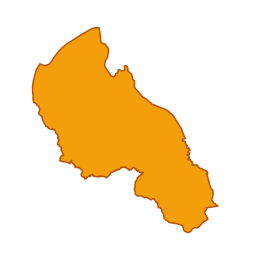 the district of Nonghed, Xiangkhoang, Laos, rotated 98°
{"feature_id": "54806243B9713261683611", "entity_name": "Nonghed", "entity_type": "district", "adm_level": 2, "iso_a3": "LAO", "parent_name": "Laos", "parent_adm1": "Xiangkhoang", "projection": "robinson", "projection_center": [104.045, 19.614], "detail": "fine", "context": "isolated", "style": "filled", "palette": "amber", "viewbox_px": 256, "rotation_deg": 98, "n_neighbors": 0, "source": "geoboundaries", "source_scale": "gbopen_adm2", "svg_char_len": 5880}
<svg xmlns="http://www.w3.org/2000/svg" viewBox="0 0 256 256"><g transform="rotate(98 128 128)"><path d="M130.5,69.8L125.7,72.7L120.6,75.6L116.9,78.6L109.5,85.0L105.2,91.3L104.1,94.2L103.1,99.1L101.1,107.0L98.1,112.1L97.2,113.1L95.1,117.7L92.8,120.6L91.3,121.8L90.3,123.0L89.6,124.3L88.0,126.1L86.5,127.3L83.9,127.7L82.6,127.7L80.4,128.2L79.3,129.8L78.1,130.5L74.3,131.8L73.7,133.0L73.0,133.7L72.4,134.9L71.3,136.3L70.1,136.2L68.8,136.5L67.1,137.7L66.6,138.6L66.5,139.2L67.0,140.2L68.2,140.1L69.2,139.7L70.8,139.3L71.8,140.5L72.2,141.8L72.2,143.0L71.4,144.7L71.7,145.6L74.4,145.8L75.3,146.6L75.8,147.6L77.2,147.8L79.2,148.7L79.3,149.7L79.1,150.8L77.7,153.0L71.6,158.5L69.9,159.6L68.0,159.9L66.4,159.9L64.3,159.7L61.7,158.4L60.5,158.2L53.5,158.1L51.2,159.2L50.2,160.8L48.4,162.0L47.9,162.7L47.9,165.0L46.3,166.9L39.8,168.4L32.8,170.6L33.2,174.1L34.4,177.4L42.7,188.0L53.4,200.5L57.2,204.0L63.5,208.5L69.2,211.5L72.3,212.6L75.3,214.5L76.2,215.8L76.6,216.8L77.6,217.8L77.7,220.1L77.2,222.9L76.6,224.0L79.1,225.3L83.2,226.9L86.5,227.4L93.8,228.3L97.6,228.2L99.3,228.4L101.2,228.2L106.2,227.4L108.4,226.7L114.4,225.6L116.0,224.9L116.0,223.8L116.4,222.6L117.0,222.0L118.1,221.5L119.0,219.8L119.8,219.1L121.1,218.2L121.5,218.2L122.9,218.1L125.3,218.5L126.0,218.4L126.7,218.0L127.0,217.3L127.7,216.7L128.6,214.6L131.6,213.9L135.3,211.3L136.4,210.2L137.7,209.7L137.9,209.2L137.8,207.7L139.0,207.2L139.7,205.9L139.8,205.1L140.1,204.2L139.8,202.5L139.2,201.9L139.2,201.6L139.4,201.2L140.4,200.8L140.7,199.9L141.7,199.1L142.6,198.9L143.3,198.5L144.3,196.6L146.6,196.1L147.6,196.3L148.3,195.7L148.8,194.6L149.2,194.4L152.1,195.4L153.7,195.6L154.1,195.2L154.3,194.0L155.3,193.9L155.6,193.6L156.4,191.2L156.9,191.1L158.8,191.4L159.7,190.4L162.6,189.0L164.0,188.0L164.3,188.3L164.6,189.4L165.3,190.4L167.8,191.0L168.9,190.7L169.9,191.1L170.0,190.3L170.3,189.3L170.2,188.3L170.5,187.5L170.3,187.1L170.5,186.4L170.3,185.7L170.3,184.9L170.8,182.3L171.2,181.3L171.3,180.7L171.1,180.1L169.0,180.0L168.2,179.3L169.6,178.8L170.5,177.9L170.9,177.6L171.4,176.9L171.4,176.3L172.3,176.0L172.9,175.0L174.1,174.9L173.9,174.3L173.9,174.0L174.1,173.9L173.8,173.6L173.8,173.2L174.0,173.2L174.0,172.3L174.4,172.1L173.8,171.3L174.0,171.0L174.0,170.7L174.6,170.3L174.7,169.8L175.2,169.3L175.4,168.9L175.6,168.7L175.9,167.9L176.3,167.8L176.5,167.4L177.0,167.3L177.6,166.8L180.1,168.1L180.5,167.6L181.2,167.7L182.2,167.1L182.4,166.3L182.9,165.6L182.6,165.0L182.8,164.6L183.9,164.1L184.4,163.5L184.2,163.0L183.3,162.4L183.4,162.2L183.0,162.2L183.0,161.9L182.6,161.8L182.6,161.4L182.2,161.4L181.8,160.8L181.6,160.8L181.6,159.9L181.1,159.7L181.1,159.1L180.8,159.0L180.8,158.7L180.4,159.0L180.0,158.8L180.1,158.6L179.4,157.1L179.0,156.8L180.0,156.2L179.8,155.9L180.1,155.7L179.9,155.3L180.1,154.9L180.4,155.0L180.6,153.8L180.4,152.4L180.7,151.3L180.5,151.1L180.6,150.8L179.9,150.2L180.1,150.1L180.1,149.7L179.8,149.8L179.6,149.6L179.7,148.6L179.3,147.0L179.5,146.5L179.4,145.1L179.5,143.9L179.4,143.5L180.1,143.4L180.3,143.1L180.2,142.6L179.7,141.8L178.7,141.0L177.7,140.4L177.2,139.8L174.7,138.7L174.4,138.7L173.7,137.1L173.3,136.8L171.8,134.2L171.5,134.0L171.5,133.6L171.2,133.7L171.3,133.4L170.5,132.5L170.7,132.0L170.5,131.0L169.8,130.5L169.2,129.8L168.9,129.8L168.8,129.5L168.5,129.4L168.2,129.1L168.0,129.3L167.9,128.9L167.7,128.8L167.8,128.3L167.6,127.7L167.8,127.4L167.3,126.6L167.3,126.1L167.1,125.8L167.4,125.6L167.2,125.1L167.5,125.0L167.5,124.4L167.6,124.1L167.8,124.1L167.8,123.8L168.1,123.4L168.1,123.1L168.3,122.4L169.0,122.0L168.9,121.6L169.3,121.7L169.5,121.0L169.2,120.9L169.4,120.5L168.8,118.9L168.3,118.7L168.1,118.8L167.8,118.3L167.0,118.0L166.9,117.6L166.6,117.4L166.2,116.0L166.7,116.0L166.7,115.7L167.4,115.4L167.3,114.7L168.0,114.3L168.0,113.9L168.5,114.1L168.6,113.5L169.4,112.5L169.1,112.2L169.5,112.1L169.3,111.8L169.7,111.8L169.6,111.1L170.0,110.6L170.3,109.8L170.1,109.4L170.4,109.3L170.5,108.6L170.0,108.1L170.2,107.4L169.9,107.2L169.9,106.7L171.3,107.2L172.1,108.4L173.1,108.9L174.0,110.2L175.6,111.3L175.9,111.7L177.9,112.0L180.6,113.3L182.0,113.1L183.2,113.3L185.3,112.9L185.9,112.6L187.0,113.3L189.2,112.6L190.5,111.8L192.2,111.6L193.3,110.6L193.8,109.8L193.9,109.2L193.4,105.3L193.9,104.3L194.3,102.7L194.8,102.1L194.2,100.8L194.2,100.3L194.6,98.7L195.1,97.5L195.3,96.5L195.7,96.1L195.9,95.1L195.6,94.5L195.0,94.0L194.6,93.2L194.5,92.6L194.6,92.2L197.6,89.8L198.0,89.3L198.0,88.7L197.8,88.3L202.6,86.9L202.6,85.3L203.4,83.7L204.8,83.3L206.8,82.2L208.6,80.7L211.9,79.9L213.9,77.9L214.6,75.8L215.7,74.3L215.9,71.5L216.0,65.3L217.3,60.0L220.3,59.2L221.9,58.1L222.7,56.4L223.2,53.7L221.6,51.4L219.0,50.2L217.5,48.4L217.2,45.2L214.4,42.8L212.0,41.6L209.8,39.6L208.7,37.7L207.2,36.2L204.8,37.6L203.6,38.8L201.1,40.3L200.2,40.5L199.3,39.7L198.6,39.5L197.7,38.9L197.2,38.8L196.2,39.4L192.6,27.6L192.3,29.6L191.0,30.8L190.5,32.3L187.9,35.0L186.6,35.0L185.1,34.7L181.7,34.5L178.4,35.1L175.6,37.7L170.9,40.3L169.7,40.2L168.0,41.4L166.3,41.9L165.3,42.3L164.7,43.0L163.3,43.2L162.5,42.7L162.3,42.9L162.3,43.5L161.8,43.0L161.2,42.9L160.9,43.5L160.3,43.6L159.5,44.8L159.5,45.3L159.1,45.6L158.9,46.7L159.0,47.5L158.5,48.0L157.8,49.5L157.9,51.1L157.4,51.9L157.1,52.9L156.6,53.3L155.4,53.6L154.9,54.3L155.0,55.1L155.6,56.9L155.3,57.6L155.7,59.0L155.4,59.2L154.3,58.9L152.2,60.2L151.6,61.5L150.8,61.7L150.6,61.9L150.4,63.2L150.6,63.8L150.9,63.9L150.8,64.1L150.3,64.1L149.4,63.3L148.4,63.2L148.1,63.5L148.1,63.9L147.4,64.0L147.3,64.8L146.8,65.2L146.6,65.7L146.3,65.8L145.9,65.4L146.3,64.4L146.1,63.8L145.1,63.6L143.8,63.6L143.9,63.8L144.3,64.0L144.3,64.3L143.5,65.2L142.9,64.7L142.2,64.6L141.2,63.6L140.5,64.7L140.1,64.8L139.6,64.6L139.4,65.3L139.8,65.7L139.6,67.0L138.7,67.3L137.8,66.9L137.3,66.9L137.1,67.3L136.3,67.9L136.1,68.4L135.2,69.1L134.3,69.0L133.6,69.5L133.3,69.9L133.1,71.0L133.2,72.1L132.3,72.6L131.7,72.3L131.4,71.9L130.5,69.8Z" fill="#f59e0b" stroke="#b45309" stroke-width="1.5"/></g></svg>